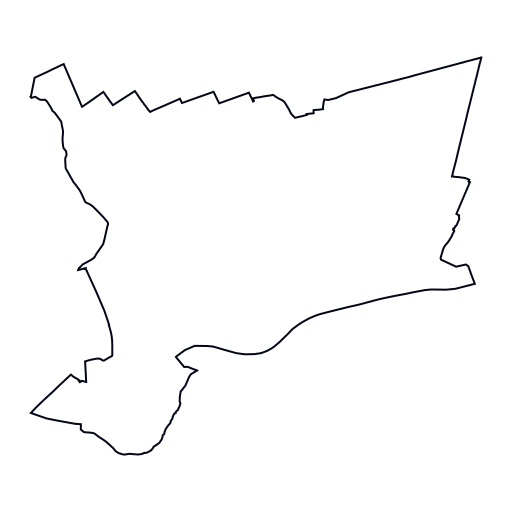 Wageningen, Gelderland, Netherlands (Albers equal-area conic projection)
{"feature_id": "6326949B29880735882164", "entity_name": "Wageningen", "entity_type": "district", "adm_level": 2, "iso_a3": "NLD", "parent_name": "Netherlands", "parent_adm1": "Gelderland", "projection": "albers", "projection_center": [5.656, 51.969], "detail": "fine", "context": "isolated", "style": "outline", "palette": "ink", "viewbox_px": 512, "rotation_deg": 0, "n_neighbors": 0, "source": "geoboundaries", "source_scale": "gbopen_adm2", "svg_char_len": 5757}
<svg xmlns="http://www.w3.org/2000/svg" viewBox="0 0 512 512"><path d="M31.5,97.9L32.5,97.6L34.2,96.9L35.4,96.9L36.1,97.3L38.1,98.6L39.5,99.4L39.9,99.6L40.5,99.7L41.4,99.9L44.9,99.7L46.5,100.9L47.5,102.2L50.1,106.3L51.4,108.6L51.7,109.2L52.4,110.7L52.8,111.2L54.7,112.7L58.4,117.7L61.1,121.5L61.4,122.5L61.5,123.0L62.0,125.9L62.9,130.3L63.0,131.1L62.9,134.4L62.5,138.7L62.8,143.5L63.1,146.1L63.5,147.9L63.7,148.3L65.3,150.3L66.1,151.4L66.4,153.5L66.5,154.8L66.5,155.2L66.0,156.4L65.8,156.7L65.7,157.2L65.4,157.9L65.2,159.0L65.2,159.5L65.6,167.5L65.7,168.1L65.8,168.6L68.0,172.4L73.5,182.1L73.7,182.4L75.9,185.1L78.4,188.5L79.1,189.4L79.9,190.7L81.0,192.7L82.3,195.5L84.9,201.3L85.1,201.7L85.7,202.3L86.1,202.6L88.8,203.8L90.5,204.8L91.8,205.7L93.2,206.8L96.6,210.2L103.4,217.2L106.5,220.9L107.5,222.0L107.6,222.5L108.0,223.1L108.0,223.9L108.0,224.4L107.9,224.8L107.5,225.9L105.8,233.3L104.9,237.5L103.4,243.3L103.0,244.4L96.3,254.0L94.7,256.9L93.7,258.0L93.4,258.3L92.9,258.6L90.8,260.0L82.8,264.4L79.0,268.1L78.7,268.5L78.5,269.1L78.2,270.0L85.5,268.2L85.1,269.2L85.5,269.3L86.0,269.3L96.5,292.4L103.4,308.5L104.4,310.9L106.9,318.2L109.2,325.1L109.1,325.3L108.9,325.4L109.6,327.6L110.2,329.8L110.6,331.2L111.3,334.1L111.6,335.9L111.8,337.4L112.1,340.0L112.2,342.4L112.3,346.2L112.3,354.7L112.3,355.3L112.0,355.9L111.7,356.1L110.7,356.7L108.1,358.1L104.3,360.4L103.6,360.6L103.0,360.5L102.4,360.2L100.2,358.9L98.4,358.6L97.6,358.6L97.0,358.6L93.7,359.2L90.2,359.9L88.5,360.4L86.7,361.0L85.1,361.4L86.0,378.4L86.2,381.9L84.2,381.5L82.0,380.8L79.9,382.2L78.8,380.9L79.3,380.3L75.5,377.8L75.3,377.9L73.6,376.9L70.9,374.6L58.5,386.2L53.4,391.2L45.4,398.5L42.6,401.2L35.7,407.8L30.9,413.0L37.7,415.4L46.8,418.5L57.9,420.7L71.2,423.1L76.4,424.0L76.5,423.9L80.9,424.2L80.8,429.5L83.6,431.9L84.4,432.2L88.4,432.5L90.2,432.6L91.5,432.8L93.6,433.2L94.8,433.7L98.7,436.8L99.8,437.5L103.0,439.5L105.8,441.5L109.3,444.5L111.5,446.6L113.0,447.9L115.3,450.8L116.8,452.0L118.7,453.1L121.2,453.9L122.1,454.2L123.6,454.5L125.2,454.5L126.9,454.2L129.8,453.8L132.5,454.1L138.1,454.5L141.8,454.0L144.1,453.0L144.3,453.0L144.3,452.9L146.2,452.8L147.6,452.3L148.8,451.7L151.1,450.3L151.5,449.9L151.9,449.5L153.8,446.7L154.2,446.2L155.7,445.5L157.0,444.5L159.1,443.1L160.2,441.6L160.6,440.9L161.1,440.2L161.6,439.6L161.9,438.6L162.0,438.3L162.5,437.3L162.5,436.6L162.8,435.1L163.0,435.0L163.9,434.4L164.1,434.2L164.2,433.9L164.3,433.5L164.5,432.4L164.6,431.7L165.8,429.0L166.5,427.9L168.0,425.7L168.6,425.0L169.6,423.9L170.5,422.7L170.6,422.3L170.6,421.2L171.6,419.8L172.4,418.6L172.5,418.3L172.6,417.5L172.7,417.0L173.1,416.0L173.9,414.3L174.4,413.5L175.1,413.3L175.6,413.2L175.7,412.9L175.6,412.6L175.6,412.4L176.4,411.1L177.0,410.7L178.2,409.5L178.3,409.1L178.4,408.5L179.6,406.2L179.8,405.5L179.9,404.8L180.4,403.8L180.4,403.6L180.4,403.4L179.9,402.2L179.8,401.9L179.7,401.3L179.7,400.3L179.8,397.4L180.0,395.6L180.5,392.7L180.8,391.1L181.9,390.2L183.0,388.6L184.7,386.5L185.3,385.8L186.1,383.8L187.4,381.0L188.7,377.8L189.3,376.7L190.7,374.4L191.8,373.7L194.3,372.1L196.6,370.9L197.2,370.5L197.0,370.3L193.5,369.2L189.3,367.5L187.4,366.8L185.7,366.9L184.2,367.0L175.9,357.0L176.8,356.1L184.9,350.1L192.3,346.9L194.5,345.9L198.5,345.9L206.8,346.0L212.9,346.5L225.3,350.1L236.2,353.1L240.0,353.7L245.0,354.3L254.7,354.1L258.6,353.5L261.1,353.1L262.6,352.6L267.1,350.9L271.9,348.2L274.6,346.3L279.9,341.7L287.6,334.2L292.6,329.0L297.7,325.2L299.0,324.3L303.1,321.7L309.5,318.2L312.1,317.1L314.2,316.2L317.9,314.8L320.1,314.1L330.1,311.5L343.1,308.3L346.6,307.4L359.0,304.6L375.4,300.2L379.3,299.2L384.2,298.1L392.3,296.4L406.0,293.8L414.1,292.1L424.9,290.1L430.7,289.5L432.6,289.5L445.9,289.7L455.3,288.8L470.6,284.9L474.8,283.8L473.2,279.6L470.8,273.3L470.1,271.1L469.8,270.3L469.5,269.5L469.4,269.3L468.3,266.2L465.9,264.5L456.1,266.7L440.9,259.6L440.6,257.9L440.9,256.9L441.0,256.5L441.6,254.4L442.1,252.8L442.4,251.9L442.6,250.9L443.2,249.2L444.1,247.1L444.4,246.7L445.0,245.7L447.6,242.6L449.0,240.7L449.3,240.2L449.8,239.3L451.3,237.0L451.7,236.3L452.1,235.5L452.6,234.0L454.2,231.3L454.2,230.9L454.1,230.6L453.0,229.7L453.4,228.5L453.7,228.3L454.3,228.3L454.3,228.2L455.6,225.9L456.1,225.8L456.4,225.5L456.7,225.0L459.0,219.6L459.2,219.0L459.2,218.3L459.2,217.9L458.9,216.7L459.1,215.4L456.4,213.9L469.8,182.4L469.3,182.3L469.5,181.8L468.5,181.3L469.2,179.6L465.0,178.0L457.7,177.0L454.4,176.8L453.0,176.4L452.0,176.5L453.7,169.5L455.5,162.7L458.8,148.8L459.1,147.6L466.3,118.3L466.6,117.0L466.8,116.1L467.9,111.4L468.6,108.7L469.3,105.9L473.4,89.4L473.9,87.1L474.7,84.3L475.7,79.9L476.5,77.0L479.1,66.1L481.2,58.1L481.3,57.5L480.8,57.5L480.7,57.7L465.1,61.8L452.2,65.3L415.8,75.0L408.2,77.2L402.0,78.7L398.7,79.6L348.6,92.3L336.0,98.1L328.2,100.0L324.4,99.5L324.4,99.9L323.9,101.3L323.6,102.4L323.5,103.4L322.9,107.9L323.1,109.1L319.8,109.6L313.6,110.1L313.6,113.3L306.6,114.0L306.8,114.9L301.7,116.3L300.3,116.5L295.1,117.8L292.3,115.1L292.0,114.7L291.5,114.2L289.9,111.5L289.7,110.8L289.0,109.5L285.0,102.8L284.3,102.0L283.3,101.0L281.9,100.1L278.7,98.5L278.1,98.1L276.2,97.1L274.6,95.9L273.2,94.9L272.0,95.1L270.8,95.4L270.0,95.5L264.4,96.3L259.0,97.3L256.6,97.6L253.2,98.3L253.3,99.2L253.9,100.6L254.0,100.8L253.9,101.0L253.1,101.5L252.8,100.7L249.5,93.9L248.9,92.7L219.2,103.3L217.8,100.6L213.6,91.8L182.0,103.0L180.6,100.2L179.9,98.7L177.6,99.8L169.1,103.5L164.8,105.4L153.9,110.1L150.1,111.9L149.7,111.4L148.5,110.2L147.2,108.3L146.6,107.4L144.3,104.5L143.0,102.6L141.1,100.2L139.6,98.0L137.1,94.2L134.9,91.1L133.6,91.9L125.1,97.3L112.9,105.2L109.4,100.5L103.4,91.9L88.1,102.7L82.4,106.6L82.0,106.8L63.7,64.1L60.5,65.5L54.5,68.4L52.3,69.4L47.9,71.6L38.8,75.8L34.6,77.8L30.8,97.1L30.7,97.1L30.8,97.3L31.5,97.9Z" fill="none" stroke="#020617" stroke-width="2"/></svg>